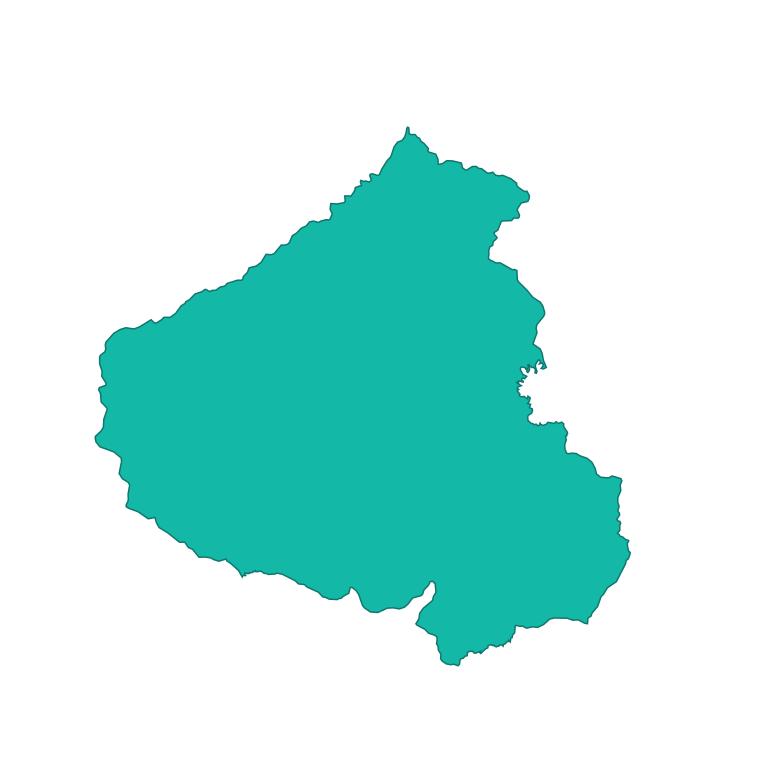 Thung Chang, Nan, Thailand (orthographic projection), rotated 15°
{"feature_id": "78962969B15263035639364", "entity_name": "Thung Chang", "entity_type": "district", "adm_level": 2, "iso_a3": "THA", "parent_name": "Thailand", "parent_adm1": "Nan", "projection": "orthographic", "projection_center": [100.958, 19.488], "detail": "fine", "context": "isolated", "style": "filled", "palette": "teal", "viewbox_px": 768, "rotation_deg": 15, "n_neighbors": 0, "source": "geoboundaries", "source_scale": "gbopen_adm2", "svg_char_len": 6170}
<svg xmlns="http://www.w3.org/2000/svg" viewBox="0 0 768 768"><g transform="rotate(15 384 384)"><path d="M472.0,160.7L470.9,161.5L468.7,161.4L462.5,159.1L460.8,157.8L460.1,155.7L453.6,152.9L444.6,151.7L441.5,153.1L437.8,153.5L434.3,151.3L430.4,153.4L429.0,153.4L422.6,150.8L419.4,151.2L416.9,150.0L413.1,151.0L408.7,155.8L407.4,156.3L403.9,154.9L401.5,150.5L392.2,150.8L386.7,152.1L383.6,155.9L380.0,157.7L379.3,157.4L378.0,152.9L374.5,148.6L366.9,148.3L365.9,147.6L366.1,145.5L365.5,144.7L360.6,141.4L357.3,140.2L354.6,137.5L352.3,137.1L349.5,135.0L345.2,136.1L343.5,135.7L341.7,130.2L340.4,129.8L339.8,131.1L340.4,135.9L340.0,140.0L338.4,144.1L334.5,146.9L332.4,152.3L331.8,162.6L329.2,167.5L326.3,176.8L325.4,182.9L323.8,184.3L318.5,183.9L316.5,184.9L316.2,186.3L318.8,190.0L318.6,191.3L317.2,192.8L313.8,192.6L312.1,193.6L309.0,193.3L308.8,194.7L310.8,198.0L305.5,201.6L305.6,205.0L303.6,210.9L297.4,212.5L299.3,217.7L298.3,219.3L291.9,222.3L285.9,223.5L286.7,229.1L290.0,233.1L289.2,238.8L288.1,239.9L285.8,240.2L280.9,242.9L279.0,244.9L273.5,244.9L270.1,246.7L268.0,251.4L263.7,255.0L260.5,260.8L257.1,264.5L256.0,271.8L255.0,273.7L252.6,275.4L248.8,276.4L244.2,286.5L241.6,288.3L236.5,289.3L233.9,298.2L229.9,303.3L223.7,306.6L223.2,311.7L220.3,316.6L220.5,318.8L219.6,320.7L215.7,321.6L206.5,327.4L205.0,330.5L200.5,332.9L197.5,336.8L193.6,338.2L191.4,339.9L187.8,338.7L186.6,339.0L184.3,341.9L178.2,345.9L174.3,352.9L171.4,355.7L170.9,357.7L167.9,360.9L164.5,369.7L160.2,375.0L154.3,376.5L152.3,379.8L148.2,384.1L146.3,384.4L142.4,382.2L133.3,391.9L128.4,395.5L120.0,396.5L115.0,399.7L110.0,404.8L104.6,415.5L104.6,418.1L106.2,422.4L106.1,425.1L102.7,429.5L102.3,431.6L104.2,438.3L108.4,444.6L109.4,449.6L115.4,455.2L115.6,457.3L110.0,461.2L109.8,463.4L112.5,466.3L115.5,474.6L122.3,478.7L123.2,479.9L122.5,490.3L124.1,498.4L122.9,502.6L118.9,509.1L118.9,510.6L120.8,514.5L125.9,518.2L140.6,519.5L149.2,523.4L150.6,526.9L151.3,538.9L155.6,543.1L162.6,545.3L164.5,547.5L165.3,556.6L167.1,562.4L166.3,567.8L166.7,569.2L169.3,570.1L179.4,571.0L191.1,575.2L197.4,572.2L200.1,576.9L204.0,580.9L213.6,583.7L227.3,589.7L232.5,588.4L237.5,592.6L241.8,593.2L250.2,599.2L255.8,597.5L261.8,596.8L264.9,597.7L270.4,597.9L276.7,593.9L277.9,595.5L283.0,597.3L291.6,601.7L297.0,607.1L297.2,605.7L299.9,604.8L298.7,603.7L298.5,602.6L301.2,602.5L301.9,601.7L302.5,602.1L304.4,600.5L306.0,600.1L306.3,598.7L308.1,598.5L308.2,597.6L309.2,598.4L313.7,596.6L317.3,598.0L320.0,597.4L321.5,597.9L328.3,595.6L329.2,594.4L335.1,594.1L348.8,596.9L353.2,599.2L359.1,598.3L362.1,600.0L374.5,602.1L380.2,605.6L382.2,605.2L386.8,606.0L394.7,604.3L396.1,602.8L398.0,602.2L399.5,599.7L404.2,595.2L404.0,589.7L405.6,588.7L410.3,590.6L414.0,593.8L420.6,603.5L423.3,605.4L429.9,607.7L437.2,606.3L445.1,599.7L450.5,597.9L457.2,597.2L461.5,594.3L464.1,590.6L467.0,583.3L474.8,578.7L475.7,576.8L475.9,572.7L479.1,566.8L479.7,563.0L482.4,562.0L485.2,563.9L488.1,571.7L486.7,576.9L487.0,580.4L479.9,590.6L477.8,596.2L478.5,601.8L476.9,607.4L478.4,608.4L487.1,610.4L491.6,613.2L497.6,613.5L500.1,614.3L501.3,616.2L502.0,621.4L504.1,623.3L505.3,626.8L509.0,630.4L509.8,634.8L511.7,636.5L516.4,638.2L521.1,637.9L523.9,636.6L528.5,637.0L529.5,635.0L528.8,630.9L529.8,629.1L531.4,628.5L533.0,625.7L534.7,624.9L534.1,622.2L535.2,620.4L538.7,619.1L540.4,620.5L541.9,620.4L546.4,617.3L546.1,618.7L547.2,619.3L550.6,613.7L552.6,611.9L552.2,610.0L554.1,608.3L556.5,608.5L557.8,607.7L558.5,608.6L560.5,608.8L563.0,607.2L563.4,606.0L565.6,605.7L566.9,606.4L566.8,604.7L568.6,603.3L568.8,601.8L570.5,600.7L570.7,599.3L572.7,600.6L572.3,596.5L573.5,595.7L573.1,593.5L574.6,590.4L573.4,583.8L573.9,583.0L577.6,582.9L580.7,582.0L584.8,583.0L590.3,580.1L595.5,579.3L600.4,575.0L604.9,568.2L609.1,565.9L621.6,562.8L627.2,563.3L632.6,561.6L639.6,563.1L642.6,562.9L641.6,557.2L644.0,554.7L644.3,551.1L647.9,543.7L648.7,533.3L650.5,530.1L652.6,522.9L659.6,514.8L663.8,495.4L663.7,491.7L665.3,489.5L665.7,485.1L665.4,482.9L663.5,482.2L661.2,477.7L660.2,474.6L661.0,472.7L660.7,471.8L657.3,471.6L654.5,470.1L651.0,469.7L650.3,468.6L648.0,467.6L649.7,464.5L648.4,459.9L648.6,457.0L647.2,455.6L645.5,455.8L643.9,454.3L645.5,449.7L644.8,447.8L642.7,446.2L642.8,441.3L640.3,437.6L639.3,432.8L640.3,425.7L638.3,420.5L638.8,416.0L637.3,414.1L628.1,413.8L625.5,416.5L617.5,418.0L612.6,415.9L609.8,410.9L605.1,405.8L599.4,403.2L591.5,402.6L587.8,401.4L583.2,402.2L580.3,403.6L578.2,403.6L575.6,399.9L574.2,395.5L574.6,390.8L572.9,388.0L574.0,386.6L573.3,385.9L574.2,384.5L573.2,382.7L568.6,378.8L567.9,375.9L565.4,374.9L562.8,376.9L559.9,375.9L558.6,378.1L552.2,378.6L551.2,380.9L548.7,382.7L546.0,382.6L544.9,381.4L544.7,383.6L543.5,384.6L541.4,383.4L539.2,384.5L538.0,383.7L536.2,384.0L532.4,381.8L531.3,378.5L531.5,376.9L534.2,373.9L534.4,371.3L533.6,369.6L530.7,369.3L530.9,365.7L527.7,365.7L528.8,363.4L528.8,359.5L526.2,358.5L526.5,361.2L522.4,359.7L520.8,360.7L518.4,360.6L517.8,360.2L517.9,358.6L514.4,356.1L514.3,355.4L515.6,354.5L513.8,353.6L513.7,352.6L517.1,350.1L511.1,348.2L513.6,347.7L512.9,346.7L514.0,346.1L517.9,346.2L517.7,345.3L516.0,344.7L515.9,343.6L516.4,342.2L518.5,342.5L519.9,339.6L515.7,338.8L512.0,334.9L511.7,332.6L512.8,331.8L516.4,331.8L517.1,332.9L518.5,331.6L518.6,335.0L520.0,335.6L520.9,333.2L520.5,331.0L518.2,328.9L518.2,327.9L519.0,327.6L520.5,329.1L522.7,329.8L524.0,329.1L526.5,330.8L527.0,334.2L528.3,334.2L528.6,332.4L525.8,328.2L525.3,325.9L526.6,321.7L527.6,320.4L529.6,322.4L528.9,324.3L531.4,322.9L532.6,323.7L532.9,325.7L531.8,328.3L534.3,328.1L536.5,325.9L531.8,319.8L528.8,313.5L525.9,309.8L517.5,306.8L518.5,294.9L516.5,290.7L516.3,287.2L520.8,277.0L521.0,274.5L520.1,272.2L517.1,267.5L514.0,264.6L505.2,261.7L497.7,256.3L487.6,250.6L485.8,248.8L483.0,240.0L480.5,239.6L478.4,240.4L464.9,236.9L460.9,238.1L453.3,236.5L452.2,235.2L451.8,231.4L450.7,228.6L450.7,224.3L453.1,221.9L452.6,218.4L455.4,214.0L454.9,212.8L452.3,211.3L451.0,209.4L454.1,205.9L455.2,196.7L456.0,195.9L464.8,193.2L466.5,189.9L470.6,189.1L471.3,188.1L471.2,185.9L467.7,181.5L467.6,180.1L469.7,173.6L475.7,170.4L476.2,167.0L475.7,164.4L472.0,160.7Z" fill="#14b8a6" stroke="#0f766e" stroke-width="1.5"/></g></svg>